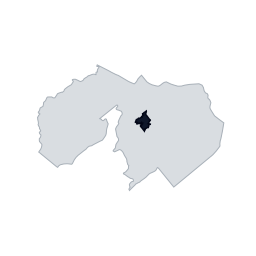 location of Ngabwe, Central, Zambia, rotated 231°
{"feature_id": "96606910B70902538429016", "entity_name": "Ngabwe", "entity_type": "district", "adm_level": 2, "iso_a3": "ZMB", "parent_name": "Zambia", "parent_adm1": "Central", "projection": "equal_earth", "projection_center": [27.56, -14.095], "detail": "fine", "context": "in_parent", "style": "filled", "palette": "ink", "viewbox_px": 256, "rotation_deg": 231, "n_neighbors": 0, "source": "geoboundaries", "source_scale": "gbopen_adm2", "svg_char_len": 6529}
<svg xmlns="http://www.w3.org/2000/svg" viewBox="0 0 256 256"><g transform="rotate(231 128 128)"><path d="M160.5,171.7L152.0,171.7L149.0,172.6L146.4,173.9L143.4,176.1L141.7,177.5L141.2,178.4L140.9,180.2L140.9,183.0L140.6,185.0L139.7,186.8L135.1,189.0L132.2,190.9L129.2,193.0L127.0,195.8L125.5,199.2L123.0,203.5L117.7,211.0L114.7,212.5L112.1,212.1L109.0,210.6L106.6,210.3L104.8,211.2L103.1,210.9L101.6,209.3L100.3,208.8L99.2,209.2L97.9,209.1L95.5,208.3L93.4,205.5L92.2,204.4L91.3,204.0L88.8,203.6L83.0,202.9L77.0,204.3L71.7,205.7L66.3,199.6L61.1,193.3L60.0,191.6L58.0,189.5L56.6,188.5L56.0,187.9L54.6,182.2L53.8,177.0L53.3,126.4L77.1,126.4L78.6,126.2L78.7,125.7L77.6,123.0L77.6,122.0L77.9,120.2L78.9,116.5L79.0,115.3L78.5,111.3L78.5,109.0L78.8,104.5L78.6,103.0L79.2,100.9L79.3,99.6L79.6,99.0L79.3,97.5L78.8,92.1L78.5,89.8L79.9,90.2L80.4,91.3L80.7,92.5L81.3,92.5L83.0,93.3L83.6,94.3L84.0,96.4L83.8,97.5L83.2,98.4L83.8,99.2L84.9,99.7L85.6,99.6L87.5,98.1L89.3,97.6L90.2,97.2L94.1,96.2L94.9,95.7L95.4,95.7L95.8,96.1L95.5,97.6L95.4,99.0L95.9,101.6L96.2,102.8L97.1,103.6L97.7,104.1L98.3,105.0L99.7,104.8L102.7,106.1L103.6,106.8L104.9,107.4L105.8,107.6L108.9,108.0L112.2,108.8L113.9,108.8L115.1,108.6L116.0,108.3L116.5,107.9L116.7,107.5L117.9,102.6L118.6,102.3L119.4,102.0L119.9,102.4L120.4,105.5L122.8,108.3L123.6,110.6L124.2,112.6L124.7,113.1L125.6,113.8L127.0,114.1L128.3,114.1L134.7,117.5L135.4,118.2L136.2,120.0L136.7,122.0L137.2,123.6L138.0,123.9L138.7,124.0L139.4,125.1L140.0,126.1L141.9,130.1L142.1,131.7L143.1,132.8L144.3,133.2L145.4,133.3L146.1,132.8L147.7,132.0L149.0,131.0L149.9,130.7L150.5,130.9L150.9,131.6L151.2,133.5L152.1,134.2L152.8,133.9L153.0,133.2L153.0,132.8L153.1,111.9L152.5,112.1L151.8,112.7L150.1,112.7L149.4,113.2L149.2,113.8L149.3,114.7L149.4,115.9L149.1,116.4L148.4,116.7L147.3,116.2L145.4,115.6L143.7,115.2L142.6,113.7L141.0,111.3L140.0,110.1L137.5,107.7L137.1,107.2L136.3,106.0L135.7,104.1L135.0,101.8L134.7,100.3L135.3,98.1L136.8,90.9L137.1,88.6L138.3,86.3L138.4,84.3L137.9,81.6L138.1,80.2L138.2,71.9L137.9,69.2L137.1,66.3L135.3,62.3L135.3,61.4L138.1,58.7L138.9,57.7L140.4,55.6L141.3,53.8L142.0,52.3L142.2,50.4L141.7,48.6L142.7,48.2L165.5,43.5L165.9,44.8L166.5,46.9L167.3,48.4L168.3,49.7L169.1,50.5L169.7,50.8L173.2,50.7L174.5,51.5L175.6,52.5L175.8,54.1L176.6,55.1L177.3,55.9L177.7,56.0L178.3,55.8L179.2,55.8L180.1,56.1L180.5,56.5L180.5,57.8L180.8,58.4L182.0,58.7L183.2,58.8L184.4,59.7L185.6,59.8L187.1,60.2L187.8,61.2L189.3,62.2L191.2,63.1L193.3,64.5L193.3,65.0L193.7,65.9L194.1,66.5L194.1,67.4L194.3,68.3L194.8,68.5L195.2,68.5L195.7,67.9L196.2,67.9L196.8,68.3L197.0,69.3L197.5,70.6L198.3,71.5L198.8,72.4L198.6,74.0L198.3,75.4L199.3,76.9L200.7,78.2L201.0,78.8L201.1,80.8L201.3,81.5L202.2,83.2L202.7,84.3L202.7,85.0L200.1,88.3L198.6,88.8L197.9,89.5L197.5,90.2L198.5,93.5L199.0,94.7L198.6,96.3L197.6,99.0L197.1,99.2L197.0,101.2L197.3,102.0L197.8,102.6L198.0,103.9L197.9,107.3L197.3,111.2L198.4,114.5L198.7,114.9L200.3,114.9L200.6,115.2L200.2,116.2L199.1,117.7L197.1,118.8L194.2,120.1L193.6,121.3L193.3,123.1L193.6,124.1L193.9,124.7L193.8,126.2L193.5,127.9L193.6,129.2L193.5,130.3L193.1,130.8L192.6,132.6L192.0,134.3L191.5,135.1L190.8,135.9L189.6,136.6L189.7,136.9L190.9,137.7L191.3,138.2L191.4,138.6L190.8,139.5L191.4,140.0L192.1,140.4L192.8,141.6L193.5,143.7L193.7,144.0L193.9,144.0L194.3,143.7L195.1,142.9L195.7,142.6L196.4,143.8L184.5,149.1L181.7,150.2L177.5,152.1L176.2,152.8L175.1,153.5L164.1,157.6L162.4,158.4L158.5,160.5L158.3,160.9L158.4,161.8L158.7,163.8L159.4,165.6L159.9,166.7L160.3,169.3L160.5,171.7Z" fill="#d9dde1" stroke="#a8b0b8" stroke-width="1"/><path d="M129.7,152.9L129.7,152.5L129.7,152.3L129.7,152.2L129.6,151.9L129.6,151.7L129.7,151.3L129.7,151.2L129.8,151.0L129.8,150.9L129.8,150.6L129.9,150.4L129.9,150.2L129.8,149.9L129.8,149.7L129.7,149.2L129.8,148.8L129.8,148.6L129.9,148.4L129.7,148.3L129.5,148.1L129.3,148.1L129.2,148.0L129.0,147.9L128.9,147.7L128.6,147.7L128.3,147.8L128.2,147.9L128.2,147.7L128.2,147.4L128.4,147.1L128.3,146.9L128.2,146.7L128.3,146.6L128.3,146.3L128.3,146.2L128.3,145.8L128.3,145.7L128.1,145.3L127.9,145.3L128.0,145.2L127.9,145.0L127.9,144.9L127.9,144.7L128.0,144.7L128.0,144.4L128.0,144.2L128.1,143.9L128.1,143.6L128.1,143.4L128.2,143.2L128.3,143.1L128.4,142.9L128.5,142.8L128.6,142.7L128.8,142.6L128.9,142.4L129.0,142.3L129.0,142.2L128.9,142.2L128.9,141.8L128.9,141.7L128.7,141.5L128.7,141.4L128.7,141.2L128.7,140.9L128.8,140.9L128.9,140.7L129.0,140.4L129.1,140.2L129.3,139.9L128.9,139.2L128.0,137.6L127.8,137.8L127.8,138.0L127.7,138.1L127.4,138.3L127.2,138.3L127.0,138.2L126.9,138.3L126.9,138.2L126.8,138.3L126.5,138.2L126.4,138.1L126.2,137.9L126.0,137.7L125.9,137.7L125.7,137.5L125.3,137.9L125.3,138.0L125.3,138.4L125.4,138.6L125.2,138.6L125.1,138.4L125.0,138.5L125.0,139.0L124.9,139.3L124.6,139.6L124.6,139.8L124.5,140.0L124.5,140.3L124.4,140.5L124.2,140.5L124.2,140.4L124.1,140.2L123.9,140.0L123.7,140.0L123.4,140.4L123.5,140.6L123.5,140.9L123.5,141.0L123.6,141.3L123.6,141.5L123.5,141.4L123.4,141.4L123.4,141.5L123.2,141.7L123.3,141.8L123.2,141.8L123.2,141.7L123.2,141.8L123.0,141.7L122.9,141.8L122.7,141.9L122.7,142.0L122.8,142.1L122.7,142.2L122.6,142.3L122.6,142.2L122.4,142.0L122.4,141.9L122.3,141.7L122.2,141.7L122.2,141.4L122.3,141.4L122.3,141.5L122.3,141.4L122.2,141.3L122.3,141.2L122.2,141.2L122.3,141.0L122.2,140.9L122.3,140.9L122.3,140.7L122.2,140.6L122.3,140.5L122.3,140.4L122.2,140.4L121.9,140.3L122.0,140.2L121.9,140.1L122.0,140.1L121.9,140.0L121.9,139.9L121.8,139.7L121.7,139.6L121.8,139.5L121.8,139.4L121.9,139.2L121.7,138.9L120.3,138.8L118.5,138.9L117.1,138.8L116.7,138.8L115.3,138.8L115.7,139.3L115.7,139.5L115.8,140.1L115.9,140.3L116.1,140.3L116.4,140.4L116.5,140.5L116.7,140.9L116.5,141.3L116.5,141.5L116.4,141.6L116.4,141.8L116.3,142.1L116.3,142.3L116.3,142.9L116.3,143.0L116.2,143.3L116.1,143.5L115.7,143.8L115.6,144.0L115.8,144.3L116.0,144.5L116.1,144.9L116.3,145.0L116.5,145.3L116.8,145.6L117.0,145.7L117.1,146.1L117.2,146.3L117.2,146.6L117.2,146.8L117.2,147.0L117.2,147.3L117.2,147.5L116.9,147.7L117.0,147.8L118.7,146.4L118.7,146.5L118.8,146.6L118.9,146.8L118.9,147.0L119.0,147.2L119.0,147.3L119.2,147.6L119.3,147.7L119.4,148.0L119.5,148.1L119.5,148.3L119.5,148.6L119.6,148.8L119.9,149.0L120.2,149.4L120.1,149.5L120.0,149.9L119.9,150.0L120.0,150.2L120.3,150.2L120.3,149.9L120.4,150.1L120.5,150.1L120.6,150.3L120.8,150.2L120.7,150.1L120.8,150.0L121.0,150.1L125.4,150.3L125.2,150.3L125.4,150.3L126.0,150.3L126.7,150.3L127.6,150.3L128.5,151.6L129.5,152.8L129.7,152.9Z" fill="#0f172a" stroke="#020617" stroke-width="1.5"/></g></svg>